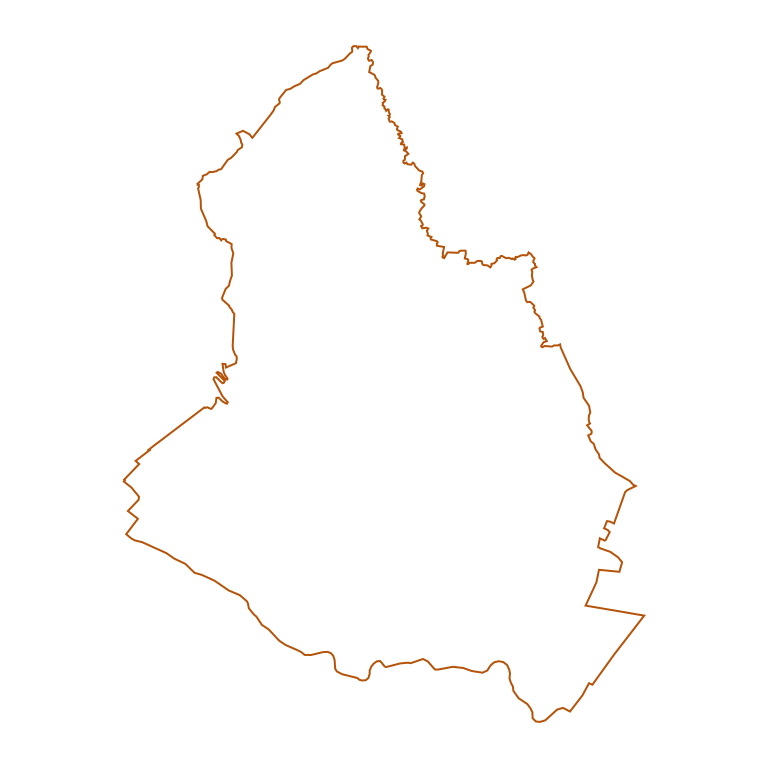 outline of Razvad, Dâmbovita, Romania
{"feature_id": "2599482B17073586102426", "entity_name": "Razvad", "entity_type": "district", "adm_level": 2, "iso_a3": "ROU", "parent_name": "Romania", "parent_adm1": "Dâmbovita", "projection": "mercator", "projection_center": [25.513, 44.956], "detail": "fine", "context": "isolated", "style": "outline", "palette": "amber", "viewbox_px": 768, "rotation_deg": 0, "n_neighbors": 0, "source": "geoboundaries", "source_scale": "gbopen_adm2", "svg_char_len": 6074}
<svg xmlns="http://www.w3.org/2000/svg" viewBox="0 0 768 768"><path d="M570.0,711.5L582.5,695.3L589.0,683.2L592.4,684.7L614.3,654.3L644.2,615.6L585.6,605.6L596.4,582.4L599.0,569.8L619.4,571.8L622.1,562.2L617.9,557.2L610.4,551.9L600.2,548.3L598.1,547.0L599.9,538.3L604.6,540.6L605.6,540.2L609.7,532.1L607.7,530.0L604.1,528.3L607.0,521.1L610.0,521.6L614.0,523.5L625.1,492.2L627.5,490.0L635.7,486.0L633.2,484.8L629.8,481.0L615.1,472.6L605.1,463.6L599.6,457.9L599.0,454.5L595.5,449.2L593.7,443.8L590.7,441.3L588.2,435.4L591.3,433.8L591.7,432.2L591.5,430.7L587.1,425.3L590.0,423.5L589.1,421.7L588.7,419.4L588.9,415.7L590.3,412.5L589.0,405.7L583.5,397.7L582.8,392.5L580.5,386.2L570.2,368.9L560.7,347.5L560.1,344.4L557.5,345.5L554.2,345.4L552.1,346.6L544.7,346.0L542.5,347.2L541.6,346.9L541.1,345.9L543.6,342.2L546.8,341.1L544.9,338.0L543.5,338.9L542.6,337.8L542.3,336.8L543.2,335.4L542.8,332.0L540.3,331.5L539.8,330.0L539.5,328.3L540.2,327.5L542.8,326.6L541.1,320.0L539.7,318.1L539.4,316.6L534.7,312.7L534.4,311.5L535.1,310.6L534.9,309.8L533.3,307.7L534.3,306.1L533.9,305.3L530.1,301.8L527.3,302.2L526.0,300.5L524.2,292.5L522.8,289.3L530.8,285.4L533.5,281.5L532.7,280.0L531.9,275.5L532.3,271.6L531.5,270.0L532.4,268.8L536.5,267.1L534.9,265.4L535.0,263.9L533.4,262.4L533.3,260.8L534.5,258.6L534.3,257.8L532.8,256.8L531.4,254.5L528.6,252.4L527.5,254.9L526.2,255.4L523.3,255.1L520.8,255.5L517.5,257.1L515.7,256.9L515.3,257.5L515.6,259.1L514.5,259.7L512.8,258.5L511.8,259.1L509.1,257.8L506.1,258.2L501.8,255.9L500.8,256.1L499.6,258.1L497.5,258.0L496.6,259.2L497.0,260.5L494.4,263.2L491.5,263.9L491.4,265.8L490.3,267.4L487.5,265.4L483.3,265.0L482.3,263.8L481.8,261.3L480.6,261.0L477.5,260.9L474.8,262.8L469.3,262.8L468.3,264.1L467.4,263.9L468.3,260.1L467.6,259.1L464.8,258.5L465.9,253.4L465.5,250.7L460.6,250.7L459.2,251.3L458.2,252.8L447.5,252.4L444.2,258.1L442.7,257.5L442.5,256.6L443.2,255.6L442.7,253.7L444.1,247.0L436.9,245.7L436.7,244.1L437.7,242.2L436.8,241.2L430.8,239.4L430.6,237.8L431.4,237.0L427.5,235.4L427.9,233.9L426.9,230.7L428.3,228.5L426.4,227.7L422.3,228.3L421.1,226.1L422.5,225.4L422.8,224.3L420.4,220.0L419.4,219.5L421.2,216.3L419.3,213.2L419.3,212.0L421.6,208.3L424.3,205.6L424.5,204.5L421.1,201.7L420.8,200.7L421.6,199.8L423.9,199.4L424.7,196.4L424.2,193.6L421.4,193.1L417.5,190.9L417.0,189.6L417.8,188.5L419.9,189.4L424.0,186.4L424.5,184.2L422.8,183.4L421.7,185.5L420.1,185.1L421.4,180.9L421.8,175.1L423.2,173.1L422.2,171.5L419.3,170.6L415.1,166.1L414.2,163.6L412.9,162.6L411.2,164.7L407.4,164.2L406.4,162.6L404.6,163.5L403.4,162.6L403.4,160.8L404.8,159.8L405.0,156.2L408.4,153.9L406.2,151.4L403.9,150.4L404.2,149.2L406.0,149.1L406.9,148.2L406.8,147.5L405.7,148.4L404.7,148.1L404.2,144.6L401.0,144.2L401.2,143.0L403.0,141.9L402.4,141.0L402.4,139.4L399.0,138.0L400.4,136.1L398.1,134.4L398.3,133.7L401.6,133.1L401.5,132.6L400.6,131.5L397.4,130.1L396.9,129.1L397.8,126.7L394.8,124.8L394.5,123.0L391.8,121.4L390.1,121.8L389.5,121.2L388.6,118.6L389.8,117.1L388.5,115.7L389.4,115.5L389.9,114.2L388.7,111.5L388.6,109.6L387.7,109.3L386.1,110.8L385.5,109.3L384.4,108.4L384.5,106.6L382.6,105.3L383.0,103.9L382.7,102.9L384.7,101.4L385.5,99.8L383.7,99.3L383.4,98.8L384.5,96.8L381.9,94.6L382.2,91.2L381.7,89.2L380.3,88.0L378.1,88.7L377.4,88.2L377.1,87.3L378.4,82.6L378.1,80.8L375.5,77.6L374.9,75.5L374.1,74.6L369.2,72.1L370.3,66.2L372.8,64.5L373.0,62.0L371.6,60.0L369.2,60.8L368.2,59.5L368.0,58.1L368.7,56.8L368.5,55.0L370.7,51.8L370.9,50.7L367.6,49.1L366.7,46.7L358.7,46.6L357.9,48.1L356.3,46.1L353.3,46.2L351.9,47.8L352.3,50.6L351.8,52.2L350.5,52.9L344.6,59.0L342.0,60.6L332.6,63.2L330.6,64.7L328.1,67.8L319.6,71.2L316.6,73.3L312.9,74.4L303.4,80.2L300.1,83.8L294.5,86.2L290.2,88.9L286.2,89.9L279.4,98.3L279.1,99.8L279.8,102.6L279.4,103.4L274.9,107.1L273.8,110.2L270.9,114.3L252.8,137.3L252.2,137.8L249.6,134.4L243.0,130.8L236.5,133.6L239.0,136.1L240.6,139.7L241.1,142.5L242.3,144.5L241.9,147.3L237.8,150.0L236.9,151.9L231.2,157.8L227.7,159.9L221.1,169.2L218.6,169.7L216.4,171.2L212.3,172.1L209.5,171.9L206.8,174.3L202.9,175.8L202.3,179.4L197.6,183.8L198.6,184.6L198.0,185.0L198.9,185.5L198.8,187.3L198.1,188.4L200.7,200.1L200.9,208.7L206.2,220.9L207.6,226.3L215.0,233.8L214.3,235.1L217.1,238.2L219.3,238.0L221.2,240.3L221.8,239.3L223.2,239.0L225.8,239.5L226.2,241.2L231.6,244.0L231.5,247.9L233.3,253.5L231.4,262.7L231.9,275.5L229.7,282.1L229.0,285.7L225.7,288.8L222.0,298.0L222.4,299.7L229.2,305.7L229.3,306.7L231.7,309.5L232.7,312.0L234.3,313.8L232.7,346.0L233.1,349.7L235.1,354.7L236.6,356.3L236.8,359.0L235.9,363.2L226.0,367.5L225.5,364.1L222.5,363.9L223.7,372.0L225.1,375.2L227.3,378.2L227.5,379.0L227.0,379.6L224.8,378.8L220.9,373.6L217.7,371.9L216.6,372.8L224.8,381.0L223.8,382.8L222.8,383.2L221.7,382.6L216.3,377.2L214.3,377.3L213.5,379.2L222.6,396.4L227.7,402.2L227.2,403.5L226.2,403.6L222.5,401.4L218.5,397.6L216.5,397.9L215.7,403.2L211.8,408.5L210.9,408.9L207.4,407.3L205.0,407.9L204.4,407.4L153.5,446.0L148.6,449.8L149.6,450.2L135.6,460.9L139.2,464.0L124.2,479.6L124.9,480.2L123.8,481.5L131.3,487.4L139.0,496.7L138.6,499.8L127.9,511.0L137.9,518.8L126.2,534.2L131.4,538.5L134.6,540.3L142.2,542.2L166.5,553.2L174.2,558.6L185.4,563.9L194.4,572.7L201.8,574.9L214.5,580.7L228.8,590.5L239.9,595.2L246.9,601.3L247.9,603.4L248.9,608.4L253.9,614.5L256.3,616.5L261.9,624.9L268.7,629.4L279.2,640.7L285.8,645.1L298.6,650.7L302.0,652.6L304.6,654.9L311.0,655.0L323.0,652.1L327.7,651.9L331.1,653.3L333.3,655.9L334.6,660.1L335.2,668.7L336.8,671.4L342.1,674.2L357.3,678.0L359.6,679.9L362.2,680.5L365.6,680.2L368.4,678.1L369.6,674.0L369.7,670.5L371.3,666.6L373.8,663.5L376.9,661.3L380.3,661.1L384.6,666.4L386.0,667.1L400.3,663.4L407.9,662.7L410.7,663.2L422.9,659.0L427.8,661.4L434.8,669.4L437.8,669.6L452.7,666.8L463.3,668.0L471.8,671.0L482.5,672.7L487.3,670.5L490.5,665.5L494.2,662.3L498.8,661.2L503.3,662.1L507.1,665.0L509.3,669.9L510.0,673.3L509.5,678.5L510.9,682.7L512.9,686.6L513.4,690.9L518.7,698.3L527.5,704.2L530.6,708.6L532.4,712.3L532.6,718.2L535.9,721.5L540.1,721.9L545.3,720.3L557.1,709.6L563.0,707.9L570.0,711.5Z" fill="none" stroke="#b45309" stroke-width="2"/></svg>